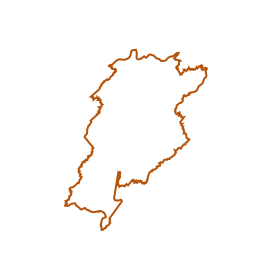 outline of Cáceres, Antioquia, Colombia, rotated 48°
{"feature_id": "7082276B67484439924814", "entity_name": "Cáceres", "entity_type": "district", "adm_level": 2, "iso_a3": "COL", "parent_name": "Colombia", "parent_adm1": "Antioquia", "projection": "equal_earth", "projection_center": [-75.222, 7.654], "detail": "fine", "context": "isolated", "style": "outline", "palette": "amber", "viewbox_px": 256, "rotation_deg": 48, "n_neighbors": 0, "source": "geoboundaries", "source_scale": "gbopen_adm2", "svg_char_len": 5843}
<svg xmlns="http://www.w3.org/2000/svg" viewBox="0 0 256 256"><g transform="rotate(48 128 128)"><path d="M145.8,224.7L146.5,220.7L148.6,217.7L151.6,218.4L152.5,217.9L157.3,217.4L158.6,213.5L161.3,213.3L163.0,212.1L163.5,212.3L166.0,211.2L166.7,210.3L167.8,209.7L169.9,205.9L170.7,205.9L170.7,204.6L172.3,203.4L175.3,202.5L179.2,203.7L179.1,205.1L178.3,207.2L178.8,208.8L181.8,213.1L182.7,213.3L183.2,214.1L184.8,214.6L186.0,215.8L186.8,214.9L186.7,212.6L187.1,212.4L187.2,211.3L187.0,210.3L186.3,209.6L186.9,208.9L187.0,207.1L186.7,204.8L185.9,205.0L185.2,204.4L185.0,203.4L184.0,202.4L182.9,202.5L178.4,181.6L176.9,181.1L176.3,181.7L175.5,183.8L172.9,186.0L170.9,185.4L154.6,165.0L155.0,165.0L155.1,163.8L155.6,163.5L156.6,164.1L157.0,165.4L158.6,166.1L159.1,166.9L158.8,167.4L159.5,167.8L159.3,168.7L160.0,169.0L160.1,170.3L161.4,171.2L161.4,172.6L162.0,172.8L162.6,174.0L163.1,173.9L163.3,172.8L164.8,173.4L165.6,172.9L165.9,173.4L166.6,171.0L169.0,169.5L168.5,169.1L168.9,167.6L168.6,166.7L170.5,166.4L170.1,165.8L170.4,164.8L169.7,160.2L170.3,160.5L170.8,160.2L170.5,158.6L171.9,158.9L172.2,157.9L172.8,159.3L172.9,158.9L173.7,158.9L174.1,158.5L173.8,158.0L174.7,157.8L173.9,156.1L175.4,154.1L176.1,154.2L176.2,154.6L176.7,153.5L178.0,154.3L178.9,153.5L179.1,153.7L179.2,153.3L180.1,153.2L179.7,152.2L180.9,151.6L180.2,149.7L180.4,149.4L179.4,148.7L179.0,147.3L177.9,146.4L175.4,141.8L175.4,140.3L176.3,139.6L176.2,138.6L175.5,138.3L175.7,137.3L176.1,137.2L177.0,134.8L176.9,132.6L176.0,132.5L176.1,132.1L176.8,129.9L177.3,129.6L176.3,128.0L175.0,128.2L175.3,126.7L176.9,125.3L175.9,122.7L176.5,121.4L177.7,120.2L177.3,119.5L178.8,117.9L178.3,116.8L178.9,114.9L178.9,113.5L178.6,113.1L178.2,113.3L178.9,112.6L179.1,111.4L178.3,109.7L178.4,109.0L175.9,108.1L176.8,107.7L177.2,106.9L176.6,104.3L177.0,104.1L177.3,102.7L178.7,102.4L178.1,101.1L177.5,97.6L178.7,96.4L177.7,95.4L178.0,93.9L177.6,90.4L177.4,90.0L175.3,91.1L174.3,90.9L171.3,88.9L169.9,89.7L169.3,89.2L169.1,89.8L168.6,88.9L168.2,89.0L166.3,87.5L165.6,87.4L165.5,87.7L164.7,87.2L164.4,87.4L163.8,86.0L163.5,86.3L161.3,86.4L161.2,85.0L160.6,85.7L159.1,85.6L158.6,85.2L157.4,79.4L156.8,80.6L155.4,80.4L155.1,81.0L153.9,80.2L153.1,81.7L152.6,80.6L151.0,79.2L150.3,80.9L151.1,81.9L150.3,82.8L148.5,82.6L147.3,81.5L146.9,81.7L146.5,80.9L145.7,80.4L145.4,79.8L145.7,79.0L143.8,76.6L144.0,72.9L144.5,72.5L144.8,70.5L144.5,69.1L143.5,68.3L142.6,68.3L142.5,67.9L142.8,67.6L141.9,66.1L141.9,65.6L141.1,64.8L141.3,64.2L143.1,63.8L143.0,63.3L144.1,60.6L143.7,59.7L143.2,59.9L143.0,59.2L143.8,59.0L143.5,58.5L143.6,57.7L145.1,55.4L146.0,53.1L146.1,51.8L144.3,47.4L144.7,42.8L142.7,39.1L142.2,37.6L142.4,36.1L142.0,35.2L140.1,33.6L138.1,32.7L136.6,29.7L136.0,30.3L135.2,30.0L134.9,30.4L134.9,31.0L135.6,32.1L135.0,33.5L134.1,33.3L133.7,33.9L132.5,32.8L132.7,32.0L131.9,31.8L131.5,31.1L130.7,31.2L130.3,32.2L130.8,33.2L130.2,33.2L129.8,34.0L130.2,35.3L129.7,35.9L130.1,36.9L129.5,37.5L128.9,37.0L129.3,38.6L129.2,39.6L128.5,40.3L128.5,39.8L127.5,40.4L127.9,40.7L127.1,41.2L126.8,42.2L126.3,41.9L125.9,42.6L124.4,42.4L125.0,43.0L124.4,43.3L124.5,43.7L124.1,44.1L124.7,45.0L124.7,46.5L122.4,46.8L121.9,47.5L122.7,47.7L123.6,49.4L123.3,50.7L124.0,51.9L123.5,52.0L123.6,52.5L123.2,53.5L122.6,52.9L117.9,52.0L117.3,51.0L116.8,51.1L116.5,52.1L115.0,51.5L115.1,47.8L113.2,46.2L112.9,45.4L113.2,44.1L112.5,44.1L111.5,45.3L110.0,46.0L109.6,46.7L108.9,46.6L108.6,47.2L107.9,47.3L107.1,47.1L106.7,41.5L106.4,41.4L106.0,40.2L104.9,41.7L104.9,46.0L104.3,47.5L103.3,48.7L102.7,51.1L103.0,54.4L102.2,56.5L100.3,58.5L97.8,58.7L95.0,60.3L91.5,60.4L88.3,62.2L87.6,63.5L88.0,67.2L87.2,67.9L85.5,68.1L85.1,72.3L83.9,74.5L82.6,75.0L81.4,74.6L78.2,71.3L75.2,69.8L73.3,72.4L73.1,74.1L75.9,77.9L76.4,79.8L76.3,81.6L75.6,83.6L74.6,85.4L71.4,88.2L70.7,89.4L70.2,91.9L70.3,97.0L70.0,98.1L69.2,99.3L68.8,101.5L69.8,99.6L70.8,99.8L71.4,99.3L71.7,100.0L72.2,99.5L72.6,100.1L73.4,100.2L75.1,98.8L75.9,98.9L76.0,97.9L77.1,98.4L77.1,98.9L77.7,99.2L77.6,100.0L78.0,100.2L77.5,101.0L77.7,101.4L77.4,101.6L77.9,102.3L77.7,102.6L78.6,103.6L78.3,106.7L79.2,108.7L79.2,109.0L78.9,110.4L78.3,110.4L78.5,110.9L78.3,111.5L77.6,112.0L77.7,114.0L77.2,114.6L77.4,115.5L77.8,115.5L77.7,116.7L78.0,117.3L77.7,118.3L78.2,119.3L78.8,119.5L78.9,121.6L80.0,123.0L79.9,134.6L80.9,133.7L81.0,133.1L81.9,133.3L82.3,134.2L82.9,133.9L82.8,134.3L83.3,134.3L83.6,133.8L83.9,134.2L83.9,133.2L84.7,130.7L85.0,130.6L84.8,130.4L85.3,130.5L85.8,129.7L86.1,130.1L86.8,129.9L86.8,130.8L87.4,130.6L87.4,130.9L87.7,130.4L87.9,130.8L88.7,130.5L89.0,129.8L90.3,130.8L90.4,131.5L91.0,131.3L91.7,131.7L92.2,131.3L92.5,131.6L93.3,131.3L93.2,131.9L94.3,133.1L93.9,133.9L94.1,134.6L93.2,135.7L95.1,135.6L95.2,136.9L96.1,137.5L95.7,138.8L96.3,139.3L96.6,138.9L96.7,139.5L97.3,139.6L97.2,140.1L97.5,139.8L97.5,150.9L98.9,151.2L100.0,154.2L99.9,155.8L100.5,156.9L102.0,159.7L103.1,160.4L104.8,162.4L105.0,164.9L105.6,166.3L119.6,167.0L119.4,168.3L122.0,170.4L121.6,171.2L123.5,172.6L123.1,173.6L123.6,174.5L123.4,175.2L122.4,175.8L122.2,176.6L123.7,177.0L123.6,178.4L124.7,179.7L124.2,180.5L123.4,180.7L124.4,183.2L124.0,183.4L123.3,183.1L123.1,184.9L124.3,186.4L124.0,187.2L124.6,187.4L124.9,188.4L125.5,188.4L124.7,190.3L124.9,190.5L125.1,190.1L125.5,191.5L125.4,192.0L126.4,192.9L127.1,192.9L127.2,193.3L127.9,192.8L128.4,193.5L128.5,194.3L130.2,194.5L130.9,194.1L131.4,195.9L133.3,195.2L134.2,197.0L133.9,198.0L136.0,201.5L135.1,202.2L135.4,204.6L135.3,208.0L134.0,210.2L133.9,211.9L135.2,212.8L135.5,212.1L136.0,212.2L136.8,213.4L137.7,212.7L138.1,213.8L138.9,214.0L139.6,215.4L139.4,217.1L139.9,217.1L139.9,217.8L141.6,219.7L141.2,220.2L141.3,220.7L140.9,222.1L141.2,222.4L140.8,222.9L141.4,222.9L141.3,223.8L141.9,224.4L143.3,223.9L143.8,225.1L143.1,225.2L143.3,226.1L144.0,225.6L144.2,226.3L145.8,224.7Z" fill="none" stroke="#b45309" stroke-width="2"/></g></svg>